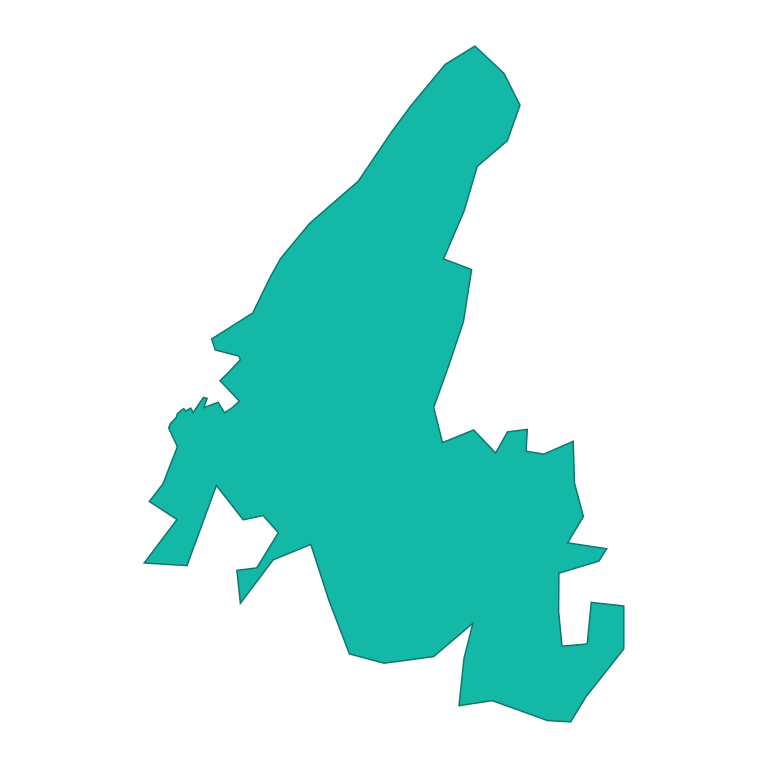 Yukarichirchik, Tashkent, Uzbekistan
{"feature_id": "79887680B57714411837097", "entity_name": "Yukarichirchik", "entity_type": "district", "adm_level": 2, "iso_a3": "UZB", "parent_name": "Uzbekistan", "parent_adm1": "Tashkent", "projection": "albers", "projection_center": [69.455, 41.216], "detail": "fine", "context": "isolated", "style": "filled", "palette": "teal", "viewbox_px": 768, "rotation_deg": 0, "n_neighbors": 0, "source": "geoboundaries", "source_scale": "gbopen_adm2", "svg_char_len": 1185}
<svg xmlns="http://www.w3.org/2000/svg" viewBox="0 0 768 768"><path d="M310.8,544.4L328.9,600.3L349.4,653.9L384.0,663.2L433.6,656.6L472.9,623.2L464.0,658.4L459.0,705.7L492.1,700.6L547.3,720.5L570.6,721.9L586.1,696.6L623.8,648.9L623.8,606.0L591.3,602.4L587.2,644.0L562.0,646.2L558.6,611.4L558.9,573.2L598.9,561.1L606.7,548.8L567.7,542.8L583.4,516.5L574.5,483.2L573.2,441.3L543.9,454.1L526.1,451.2L527.3,429.4L507.5,431.9L495.6,453.0L473.6,429.9L442.5,442.6L433.7,407.5L448.4,366.5L463.4,321.9L471.6,269.6L443.6,258.9L464.1,211.0L477.3,166.3L507.3,140.8L520.0,105.2L503.9,73.3L474.9,46.1L445.3,64.3L410.8,105.9L391.5,132.0L358.4,181.0L309.5,223.5L280.8,258.2L270.9,275.8L252.7,313.0L211.6,339.0L215.3,350.0L238.8,356.1L240.3,359.8L228.6,372.3L220.0,380.7L239.5,401.2L231.5,408.2L224.5,412.7L218.1,402.3L203.7,407.6L207.2,398.4L203.4,397.4L193.2,412.5L190.6,408.1L185.6,411.3L183.8,408.6L181.8,409.9L177.3,413.8L176.2,417.6L170.3,423.6L168.7,428.1L177.4,446.7L162.8,484.1L149.3,501.5L177.0,519.5L144.2,563.0L187.0,565.6L216.4,485.5L243.2,519.8L263.1,515.5L278.3,532.8L256.7,567.9L236.9,570.4L240.4,603.3L273.2,559.8L310.8,544.4Z" fill="#14b8a6" stroke="#0f766e" stroke-width="1.5"/></svg>